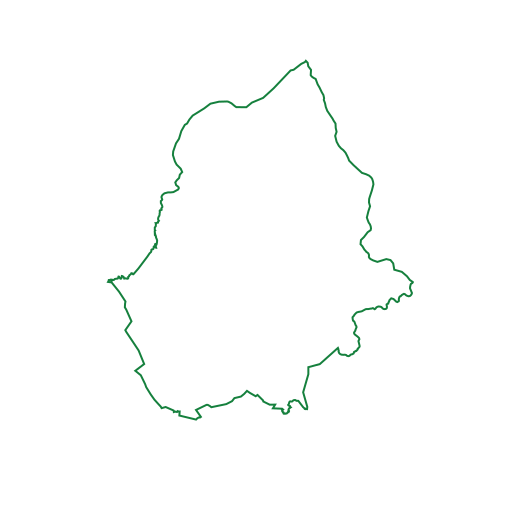 the district of Kalinga, Kalinga, Philippines, rotated 134°
{"feature_id": "2640588B22535822566030", "entity_name": "Kalinga", "entity_type": "district", "adm_level": 2, "iso_a3": "PHL", "parent_name": "Philippines", "parent_adm1": "Kalinga", "projection": "robinson", "projection_center": [121.313, 17.431], "detail": "fine", "context": "isolated", "style": "outline", "palette": "green", "viewbox_px": 512, "rotation_deg": 134, "n_neighbors": 0, "source": "geoboundaries", "source_scale": "gbopen_adm2", "svg_char_len": 6097}
<svg xmlns="http://www.w3.org/2000/svg" viewBox="0 0 512 512"><g transform="rotate(134 256 256)"><path d="M81.0,355.7L82.1,355.5L83.3,355.8L86.3,356.9L95.9,358.3L98.5,360.0L123.2,359.8L137.3,360.7L148.5,365.5L155.7,366.3L162.6,373.6L162.9,375.3L163.2,379.7L164.2,383.0L164.9,384.1L170.7,389.8L178.1,394.6L185.8,395.8L199.0,399.1L204.1,398.7L208.6,397.6L211.1,398.3L218.0,396.5L225.2,392.8L230.5,391.8L238.3,388.2L241.1,385.9L244.3,380.0L245.4,376.6L245.5,370.8L246.9,367.4L250.4,367.3L253.3,365.5L256.6,365.6L259.1,365.2L260.5,362.7L260.2,359.9L260.7,358.7L262.2,358.2L267.4,359.8L269.6,361.6L271.4,363.5L274.5,365.4L277.0,365.7L278.7,365.3L279.4,364.8L280.5,362.7L281.1,362.5L282.6,362.6L284.0,361.2L284.7,359.1L285.4,357.8L286.0,357.3L287.5,357.2L288.3,356.0L289.3,356.3L289.8,356.8L290.4,356.7L291.5,355.4L292.5,354.8L293.2,354.1L294.2,353.5L295.1,353.4L296.7,352.7L297.6,351.9L298.0,351.2L298.1,350.3L299.4,350.3L300.0,349.7L302.0,351.0L302.1,350.3L302.6,350.2L304.2,348.8L305.8,348.6L307.6,346.9L307.6,346.3L308.0,346.3L309.1,345.6L309.7,344.5L310.1,344.4L310.5,343.4L311.1,343.4L311.3,342.9L311.1,342.2L311.6,341.3L312.0,341.0L312.4,340.2L312.6,339.6L313.5,337.9L315.1,336.6L316.7,335.6L317.0,335.9L317.1,336.6L317.7,336.8L318.0,336.4L317.9,335.9L317.7,335.4L319.0,335.1L319.1,334.8L319.0,334.2L319.4,333.6L319.6,333.9L319.4,335.6L319.7,336.0L320.0,336.1L320.7,335.9L321.2,335.3L322.1,334.8L322.6,334.8L323.7,335.5L324.3,335.5L325.2,334.7L326.1,334.3L328.0,334.4L332.0,333.7L346.8,331.9L354.3,331.5L354.6,331.9L354.4,332.7L354.7,333.4L355.0,333.7L355.8,333.4L358.0,333.7L358.9,333.2L359.9,333.4L360.9,332.4L361.8,332.8L362.6,334.3L363.2,334.6L363.8,335.1L363.1,336.4L363.2,338.0L363.6,338.6L365.1,337.5L365.9,337.3L366.3,337.5L366.5,337.9L366.4,338.6L366.0,340.1L366.3,340.6L366.6,340.5L366.9,340.2L368.1,339.8L368.6,340.0L369.1,340.5L370.2,341.3L370.7,341.6L371.8,341.6L372.3,341.9L372.8,342.5L373.1,343.2L373.3,343.2L373.7,342.5L374.1,342.5L374.2,343.1L373.8,343.9L373.9,344.1L375.1,344.7L375.6,345.2L375.8,345.1L376.3,344.7L377.4,344.4L375.3,341.5L376.8,329.7L379.4,318.3L381.2,317.1L384.0,314.7L384.7,312.1L389.5,300.2L400.1,298.5L400.7,296.7L405.5,274.8L411.4,261.4L422.4,263.1L421.8,256.0L425.2,246.7L426.6,243.9L428.7,235.6L429.9,229.3L430.3,223.6L430.5,219.9L431.0,218.2L427.4,216.1L424.4,208.0L424.4,207.7L425.3,206.7L424.0,206.0L423.7,205.3L423.2,205.0L423.1,204.5L422.7,204.3L422.0,204.5L421.8,203.9L421.6,203.8L421.3,203.3L420.9,202.9L424.0,200.3L415.3,185.5L413.6,185.5L411.9,185.0L411.1,184.1L410.0,183.9L408.4,192.2L397.5,188.2L396.6,187.3L396.0,185.1L395.8,183.1L383.2,174.5L377.1,172.4L373.2,172.8L367.6,169.2L363.4,168.7L359.3,168.8L358.7,165.2L357.1,158.8L354.9,158.4L355.0,150.5L355.6,149.7L353.4,142.8L349.6,139.0L353.8,138.0L347.7,131.1L347.7,130.8L348.0,130.8L347.9,130.5L348.4,130.7L348.6,130.5L348.6,130.3L348.3,129.8L349.1,129.7L349.4,129.4L349.3,128.9L349.7,128.3L349.4,127.7L349.6,127.3L349.8,127.2L350.1,126.9L349.9,126.5L350.0,126.3L349.7,126.0L349.4,126.2L348.9,125.5L348.9,125.2L347.9,124.5L347.4,124.6L347.0,124.4L346.2,124.7L345.8,124.3L345.6,124.5L345.0,124.3L344.8,124.4L344.9,124.8L344.7,125.2L344.3,125.1L343.9,125.9L343.7,126.0L342.8,126.3L342.1,126.1L341.9,126.3L340.7,125.9L340.7,126.2L341.0,126.4L340.4,127.3L340.6,127.5L340.9,129.0L340.8,129.4L339.8,129.5L338.2,130.4L337.5,130.6L336.9,130.5L336.5,130.1L336.1,129.4L335.4,128.9L334.1,128.9L333.3,128.6L332.4,127.8L332.2,127.2L332.1,126.4L330.8,124.9L332.0,117.1L331.9,115.3L331.7,114.9L332.1,114.6L332.0,114.4L331.7,114.5L331.6,114.3L331.4,113.8L330.7,112.9L328.9,114.3L321.3,127.4L304.7,136.2L299.6,141.1L289.4,135.0L265.2,133.2L265.6,132.3L266.1,131.8L266.4,131.0L266.9,130.5L267.1,130.5L267.5,130.0L268.1,128.6L268.1,127.6L267.9,126.8L267.4,125.7L266.0,124.1L265.8,124.0L265.2,123.4L264.6,122.3L264.6,121.3L264.1,120.3L263.8,119.9L262.9,119.4L261.3,119.4L261.0,119.2L260.6,119.1L259.8,118.5L258.4,118.1L258.1,118.3L257.4,118.4L256.9,118.8L255.5,118.4L255.4,118.2L254.8,118.2L254.6,117.9L252.9,117.9L252.7,118.1L252.3,118.1L252.1,118.4L249.7,118.4L249.0,118.7L248.5,119.3L246.1,123.1L245.6,123.4L244.1,123.8L243.7,124.4L243.4,125.0L243.4,126.8L243.8,130.5L243.6,131.5L242.9,132.3L240.8,132.7L239.5,133.4L237.4,134.2L236.8,135.0L236.5,136.4L235.0,139.4L234.9,140.7L235.1,141.3L234.0,142.9L233.0,144.0L230.5,144.1L230.0,144.4L227.6,144.4L226.6,144.3L225.0,143.4L223.8,142.5L222.3,141.5L218.2,140.2L217.5,139.7L216.1,138.3L214.1,136.9L213.6,136.4L212.3,135.7L212.0,134.7L212.0,134.2L211.9,133.7L211.7,133.6L210.6,133.5L209.4,133.7L208.3,133.4L207.2,132.8L206.1,131.4L205.6,130.3L205.7,128.5L205.5,127.5L204.9,126.6L204.0,125.9L203.4,125.7L202.8,125.7L201.8,126.3L201.1,127.1L200.5,128.1L200.1,128.4L199.1,128.2L198.4,127.8L197.3,128.5L196.8,128.5L195.1,129.3L192.5,129.3L191.4,127.2L191.4,123.3L190.9,122.3L190.2,122.2L189.6,121.9L189.3,121.9L188.6,122.4L188.3,122.8L187.7,123.4L186.1,124.3L184.7,124.3L184.4,124.0L182.7,124.0L180.6,123.4L180.4,123.2L180.0,122.3L180.0,121.0L179.8,120.0L179.0,118.3L178.2,117.7L177.5,117.4L176.5,117.4L175.6,117.5L174.3,118.1L172.3,122.7L171.3,123.6L169.4,124.8L168.4,125.2L166.9,124.8L166.0,124.9L165.8,125.1L166.4,128.7L165.7,133.3L166.1,140.1L169.8,147.0L166.0,152.2L165.5,156.4L167.7,160.1L175.9,164.6L177.8,168.7L178.6,171.4L178.7,172.8L178.3,174.1L176.8,175.4L176.1,176.9L176.1,177.8L176.4,179.8L176.2,180.5L176.1,182.5L175.1,186.1L174.9,189.0L171.6,191.6L167.3,191.5L161.3,192.2L157.8,191.5L156.3,192.4L155.0,194.1L154.1,196.0L153.7,198.1L152.5,200.7L151.3,203.0L145.6,206.3L141.0,208.5L139.0,211.9L136.4,214.2L134.3,215.3L128.3,218.2L122.9,221.3L121.4,223.2L120.8,224.2L119.9,225.9L119.5,227.6L119.6,230.4L120.7,233.6L122.6,237.5L122.9,248.8L122.7,255.3L121.6,257.5L120.5,260.4L119.5,263.4L119.2,266.7L119.5,269.7L119.2,273.0L117.8,277.4L114.6,282.5L110.7,284.3L108.5,287.6L105.5,290.8L104.7,294.3L104.0,296.4L102.1,305.5L100.4,309.2L98.2,312.4L96.6,315.7L95.2,316.6L93.4,319.3L92.5,322.5L90.7,327.3L89.7,330.9L87.2,336.1L87.9,338.4L88.2,340.7L87.9,342.3L83.9,345.7L83.2,350.2L81.1,353.1L81.0,355.7Z" fill="none" stroke="#15803d" stroke-width="2"/></g></svg>